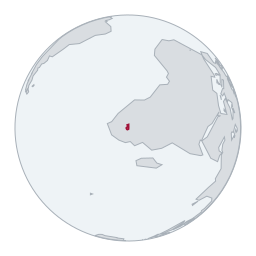 the Earth from above Southern, rotated 72°
{"feature_id": "BWA-2649", "entity_name": "Southern", "entity_type": "District", "adm_level": 1, "iso_a3": "BWA", "parent_name": "Botswana", "parent_adm1": "", "projection": "orthographic", "projection_center": [24.884, -24.914], "detail": "fine", "context": "on_globe", "style": "filled", "palette": "rose", "viewbox_px": 256, "rotation_deg": 72, "n_neighbors": 0, "source": "natural_earth", "source_scale": "10m", "svg_char_len": 4639}
<svg xmlns="http://www.w3.org/2000/svg" viewBox="0 0 256 256"><g transform="rotate(72 128 128)"><circle cx="128" cy="128" r="113" fill="#eef3f6" stroke="#a8b0b8"/><path d="M17.0,108.8L17.1,110.8L18.9,109.2L19.3,112.5L18.9,115.8L20.0,114.9L20.0,116.7L26.2,113.0L30.8,114.2L31.6,120.5L29.8,130.5L32.7,148.1L30.5,158.1L33.1,165.4L36.9,178.0L35.2,180.4L38.9,183.8L40.6,188.1L40.4,190.3L43.1,193.6L43.1,195.1L45.1,196.1L49.2,202.2L52.8,204.6L56.9,209.2L59.3,210.4L59.3,211.0L60.4,212.3L61.9,213.3L60.1,213.7L54.9,210.4L52.0,207.7L52.0,208.2L45.5,201.5L47.0,203.5L39.2,195.3L33.5,187.2L22.4,166.5L21.2,163.5L21.0,163.2L18.8,155.6L17.1,148.0L16.0,140.2L15.4,132.3L15.4,124.5L15.9,116.6L17.0,108.8ZM64.5,213.7L60.9,214.2L62.3,213.6L59.8,211.0L62.9,211.3L64.5,213.7ZM58.6,206.3L57.7,204.1L58.5,204.2L59.3,205.8L58.6,206.3ZM125.6,15.4L121.7,15.6L120.7,15.8L122.0,15.9L118.2,17.1L114.8,17.6L113.6,16.7L108.7,17.5L110.0,16.9L113.6,16.3L125.6,15.4ZM137.3,15.7L138.4,15.9L138.2,15.8L146.4,16.9L154.5,18.5L162.5,20.8L170.3,23.6L177.8,27.0L185.1,30.9L192.1,35.4L198.7,40.3L205.0,45.7L210.8,51.6L216.2,57.9L221.1,64.6L225.5,71.6L229.4,78.9L232.7,86.4L235.5,94.2L237.6,102.2L237.8,102.7L237.8,104.8L237.3,102.4L233.9,92.5L235.1,99.0L237.7,108.4L238.7,116.9L237.4,112.0L236.2,104.5L235.0,100.8L234.1,94.8L230.6,84.4L229.3,83.7L228.2,80.2L223.3,71.0L220.6,69.9L217.2,74.1L218.7,82.8L216.7,85.3L209.3,69.7L205.6,61.1L203.2,60.6L195.4,52.0L182.5,47.6L180.5,45.4L178.2,45.6L172.6,42.8L169.5,39.6L166.3,39.1L174.6,47.8L178.0,48.4L180.7,46.3L182.4,49.3L187.7,53.2L182.4,58.6L163.1,61.8L160.9,55.3L144.8,38.7L145.2,37.2L144.9,36.7L143.7,39.1L140.8,36.4L149.7,46.7L151.3,51.5L162.8,62.1L161.8,63.0L165.4,65.6L176.7,65.1L176.8,67.3L171.6,76.9L155.8,90.5L157.7,102.2L156.4,112.3L146.2,118.6L146.9,127.2L141.6,130.0L141.1,135.0L136.7,140.4L129.5,145.7L117.4,146.3L116.9,141.5L111.1,132.9L103.3,113.1L106.5,103.8L105.5,97.3L96.8,84.4L98.7,76.8L96.3,74.1L91.5,75.7L88.7,72.7L85.7,73.2L67.1,80.5L61.3,78.0L54.4,68.2L57.7,62.2L58.3,57.1L81.2,35.2L86.1,34.6L104.3,29.7L106.5,29.8L104.5,33.0L118.2,35.7L122.5,32.8L134.8,35.0L142.9,35.2L145.7,29.7L132.3,29.0L130.0,26.4L140.6,24.8L152.2,26.2L151.6,25.3L144.2,22.8L146.8,21.8L141.6,21.9L143.8,22.8L140.6,23.1L138.4,22.3L139.4,21.9L135.9,21.4L132.0,24.0L133.8,25.2L124.6,25.8L126.7,28.0L124.2,29.2L119.8,25.9L120.2,24.8L112.0,22.4L110.8,23.6L118.4,26.1L116.0,26.0L114.4,28.2L113.8,26.4L105.8,24.0L97.5,26.0L86.9,33.1L82.0,34.9L77.9,35.2L81.6,29.6L92.2,26.4L93.6,24.9L91.4,24.0L94.8,23.3L95.2,22.7L99.2,21.7L104.7,19.6L108.7,18.8L110.8,17.5L113.1,17.1L111.2,17.9L112.0,18.3L122.0,17.4L123.9,17.1L124.5,16.4L127.2,16.5L126.4,16.0L132.2,15.9L124.6,15.7L125.0,15.5L128.4,15.4L137.3,15.7ZM73.5,44.1L72.9,45.5L73.5,44.1ZM164.8,31.4L171.5,33.2L168.0,29.5L170.3,30.0L168.3,28.7L167.7,29.2L162.7,26.0L165.4,26.0L164.4,24.9L162.0,24.2L157.8,24.9L165.0,29.3L163.7,30.2L164.8,31.4ZM93.4,21.3L94.8,21.1L93.3,21.8L88.2,23.6L90.3,22.4L93.4,21.3ZM97.1,20.7L97.4,19.8L100.6,18.9L98.7,19.5L100.8,19.0L98.4,19.9L101.1,20.3L100.0,21.1L91.2,23.4L94.7,22.1L93.2,22.2L97.1,20.7ZM109.1,28.5L110.9,28.4L113.6,28.0L112.6,29.5L109.1,28.5ZM103.5,26.7L105.1,26.3L105.1,28.0L103.3,28.2L103.5,26.7ZM106.0,24.9L105.2,26.2L104.5,25.6L106.0,24.9ZM112.7,17.6L114.4,17.4L114.6,17.5L113.6,17.8L112.7,17.6ZM143.4,30.4L141.1,31.3L139.8,30.8L140.9,30.5L143.4,30.4ZM126.1,29.9L130.1,30.5L125.8,30.3L126.1,29.9ZM179.8,182.1L179.9,184.4L178.4,183.9L179.8,182.1ZM174.9,113.5L166.6,131.2L161.5,130.5L160.9,124.6L164.2,113.6L170.3,111.4L173.4,107.0L174.9,113.5ZM238.7,149.0L238.8,148.3L238.7,148.8L238.7,149.0ZM239.1,146.8L239.2,145.6L239.3,144.8L239.1,146.8L239.1,146.8ZM239.4,143.5L238.9,136.4L238.3,132.4L238.7,131.2L239.6,136.1L239.4,143.5ZM238.7,131.0L237.4,121.9L233.6,102.4L235.0,104.5L238.6,118.7L238.4,119.9L239.2,126.2L238.7,131.0ZM240.4,134.6L240.3,136.2L240.3,131.9L240.1,129.4L240.0,122.4L240.1,120.1L240.3,121.6L240.4,120.2L240.4,134.6ZM219.2,83.9L221.6,90.6L220.3,90.6L219.2,83.9ZM220.0,193.0L220.1,192.8L220.1,188.8L221.2,185.5L223.3,183.1L229.1,171.8L229.0,172.8L232.1,166.2L233.5,167.1L234.5,164.7L231.6,172.1L228.3,179.3L224.4,186.3L220.0,193.0Z" fill="#d9dde1" stroke="#a8b0b8" stroke-width="1"/><path d="M129.4,129.1L129.3,129.3L129.2,129.4L129.0,129.6L128.9,129.6L128.5,129.7L128.4,129.7L128.2,129.6L128.0,129.8L127.9,129.8L127.7,129.8L127.5,129.7L127.3,129.7L127.2,129.5L127.2,129.4L126.9,129.2L126.8,128.2L126.6,127.9L124.8,127.9L124.7,127.9L124.7,126.2L127.6,127.1L127.6,127.5L127.9,127.5L127.9,127.2L129.0,127.6L129.3,127.7L129.4,127.9L129.3,128.0L129.2,129.0L129.4,129.1L129.4,129.1Z" fill="#f43f5e" stroke="#9f1239" stroke-width="1.5"/></g></svg>